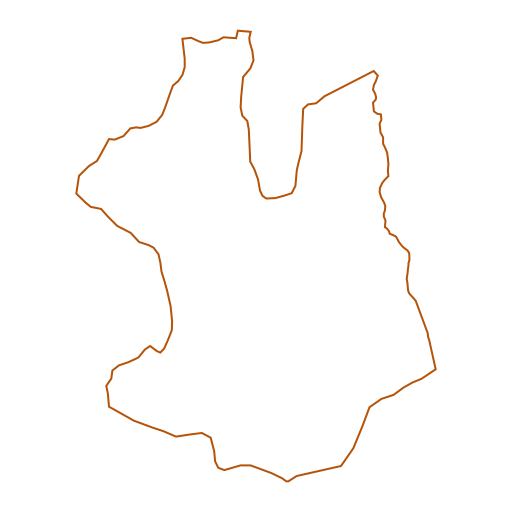 Telupid, Sabah, Malaysia
{"feature_id": "92858781B69032818816249", "entity_name": "Telupid", "entity_type": "district", "adm_level": 2, "iso_a3": "MYS", "parent_name": "Malaysia", "parent_adm1": "Sabah", "projection": "equal_earth", "projection_center": [117.165, 5.794], "detail": "fine", "context": "isolated", "style": "outline", "palette": "amber", "viewbox_px": 512, "rotation_deg": 0, "n_neighbors": 0, "source": "geoboundaries", "source_scale": "gbopen_adm2", "svg_char_len": 2357}
<svg xmlns="http://www.w3.org/2000/svg" viewBox="0 0 512 512"><path d="M109.0,406.7L133.9,420.7L152.8,427.7L163.7,431.3L176.0,436.6L191.8,434.2L201.9,433.0L210.7,437.7L214.2,451.3L215.1,461.3L218.2,467.7L224.3,470.1L240.5,465.4L250.6,465.4L271.2,473.0L282.2,478.3L286.2,481.3L288.4,481.3L296.7,476.0L341.0,466.0L353.3,448.3L362.5,426.0L369.5,407.2L381.4,398.9L393.7,394.8L403.3,387.7L412.5,382.5L421.3,378.9L435.7,369.3L429.0,339.3L428.2,337.4L427.7,333.1L415.8,301.0L413.3,297.9L410.4,294.8L409.0,293.1L408.1,290.4L407.8,287.3L407.4,282.7L406.7,278.9L407.6,272.8L407.9,269.7L408.5,265.1L408.5,263.0L409.4,260.1L409.4,257.4L409.2,253.1L407.7,250.7L405.8,249.2L403.1,247.1L400.6,244.2L398.8,241.8L396.1,236.7L392.6,234.8L391.9,234.6L389.8,233.8L388.7,230.7L386.9,228.5L384.9,227.1L385.5,220.6L383.8,216.5L383.8,213.6L384.9,210.5L385.3,206.1L384.2,202.8L382.6,199.9L381.3,197.7L379.6,192.0L380.0,187.8L382.2,183.1L384.4,180.2L388.4,176.1L387.9,170.8L388.4,164.3L387.9,158.4L387.1,152.6L384.9,147.3L383.1,143.8L383.1,137.3L380.5,132.6L379.6,123.8L381.4,119.7L380.9,114.4L377.4,113.8L373.9,111.4L373.5,107.3L373.0,102.6L375.7,99.7L376.1,97.3L375.2,93.8L373.0,89.7L373.9,85.0L375.7,81.5L377.8,75.6L373.7,71.0L324.6,96.2L316.1,103.3L308.0,104.4L303.2,108.9L302.4,124.7L301.5,151.1L298.4,163.1L296.8,170.2L295.4,186.0L291.7,193.2L284.7,195.5L275.4,198.1L266.2,198.5L262.5,195.8L260.0,190.6L258.0,179.3L254.1,168.7L250.2,161.6L249.9,153.7L248.8,129.6L247.3,121.0L242.3,115.7L240.6,107.4L241.2,96.5L243.1,77.0L250.4,68.3L253.5,60.4L252.4,51.4L249.6,41.6L249.3,37.9L250.7,31.8L237.8,30.7L236.1,38.2L223.5,37.3L218.2,40.3L209.4,42.4L203.0,42.9L198.8,41.3L191.2,37.8L182.4,38.8L184.7,58.7L184.7,67.3L182.4,75.0L178.2,81.1L172.9,85.6L169.9,93.8L165.3,107.0L162.3,114.7L156.6,121.8L148.6,125.9L140.6,127.9L136.0,127.4L130.3,128.4L123.5,136.1L114.7,139.6L109.0,139.1L100.7,154.4L96.9,161.0L88.9,166.1L79.0,175.8L76.3,193.6L85.8,202.8L90.8,206.9L101.0,208.9L107.9,216.6L117.0,225.7L117.8,226.2L130.7,232.9L139.1,242.0L148.6,245.1L153.5,247.6L158.5,254.3L160.4,262.9L161.5,271.6L164.5,281.3L167.2,291.0L170.6,306.2L172.1,321.0L171.8,330.2L168.0,339.9L164.2,348.5L160.3,352.6L156.9,351.1L150.1,346.0L144.8,349.6L138.7,357.2L136.0,358.7L128.0,362.3L118.9,365.4L112.4,370.5L111.3,378.6L106.3,385.8L107.9,393.9L109.0,406.7Z" fill="none" stroke="#b45309" stroke-width="2"/></svg>